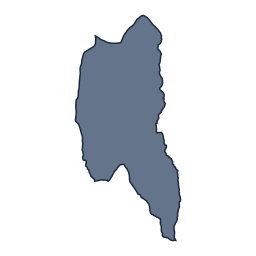 San Fernando, Azuay, Ecuador
{"feature_id": "8360857B77074182584191", "entity_name": "San Fernando", "entity_type": "district", "adm_level": 2, "iso_a3": "ECU", "parent_name": "Ecuador", "parent_adm1": "Azuay", "projection": "equal_earth", "projection_center": [-79.251, -3.14], "detail": "fine", "context": "isolated", "style": "filled", "palette": "slate", "viewbox_px": 256, "rotation_deg": 0, "n_neighbors": 0, "source": "geoboundaries", "source_scale": "gbopen_adm2", "svg_char_len": 5853}
<svg xmlns="http://www.w3.org/2000/svg" viewBox="0 0 256 256"><path d="M95.4,35.8L95.5,37.3L95.8,38.2L95.7,38.8L95.8,39.4L95.5,41.4L95.5,42.9L95.3,44.2L94.8,45.2L94.2,46.0L93.4,46.8L91.6,47.8L90.4,48.6L89.3,49.2L87.4,50.5L84.5,52.2L83.0,55.5L82.8,56.9L81.8,60.2L81.6,63.6L80.2,67.4L80.1,68.0L80.0,69.0L80.1,69.7L80.1,70.6L80.3,73.2L80.2,74.2L79.9,76.5L79.7,78.9L79.3,81.9L79.3,85.0L79.2,87.4L78.6,90.1L78.3,91.9L78.3,94.6L78.2,96.5L77.4,98.4L77.0,99.0L76.5,99.3L76.1,100.8L75.8,105.1L75.8,106.4L76.2,111.5L76.2,112.6L76.1,114.1L76.1,115.1L75.4,120.1L75.6,121.1L75.9,121.6L77.8,123.3L78.4,124.0L79.0,125.1L79.9,127.9L81.9,135.2L82.5,137.0L82.5,137.7L82.4,139.0L82.4,140.8L82.7,143.1L82.7,143.8L82.6,145.7L82.2,150.1L82.7,151.4L82.9,152.8L83.3,153.9L83.4,154.6L83.2,155.7L82.7,156.8L82.6,157.6L83.1,159.4L83.3,159.8L83.7,160.2L84.1,160.4L85.1,160.1L85.4,160.3L86.0,161.1L86.2,161.5L86.4,162.1L85.7,164.8L85.7,165.8L86.0,166.3L87.1,167.3L87.3,167.9L87.4,168.4L87.6,169.0L88.5,169.7L88.8,170.1L89.4,172.7L89.7,173.3L90.3,174.0L90.7,175.7L91.0,176.3L92.3,177.3L93.0,178.3L94.1,179.0L94.3,179.4L94.8,181.2L99.1,180.4L101.0,179.9L101.9,179.9L102.6,180.1L104.2,180.0L105.4,180.1L107.2,180.5L107.7,180.7L107.9,181.1L108.2,181.2L108.5,181.1L109.3,180.3L110.9,177.9L112.2,175.8L112.6,174.8L113.0,174.3L113.3,173.6L114.2,172.0L116.5,169.3L117.4,167.8L120.0,164.9L120.5,164.6L121.1,164.7L123.2,164.2L123.9,164.4L124.6,165.6L127.3,169.5L128.4,171.9L129.1,174.0L129.3,175.6L129.5,177.8L129.5,179.6L129.9,181.5L131.2,183.6L135.3,189.4L137.3,192.6L137.7,193.9L138.8,194.4L139.8,194.6L140.4,195.2L141.1,197.2L141.5,197.7L142.2,198.1L143.2,198.4L143.7,198.9L145.1,199.8L145.7,200.4L146.5,200.9L147.1,201.9L148.7,203.7L148.9,204.0L149.1,205.3L149.6,206.4L149.5,207.7L149.9,208.6L149.9,210.2L150.1,211.1L150.5,212.8L150.8,213.5L151.8,214.4L153.0,214.6L153.4,215.2L153.9,215.6L154.9,215.9L155.8,216.3L156.7,217.1L157.6,217.3L158.6,217.7L159.4,218.6L159.8,218.6L160.1,218.7L160.6,220.2L160.3,221.6L160.3,221.9L160.6,222.0L160.4,223.4L160.5,224.1L160.6,224.5L161.1,225.6L161.2,226.4L161.4,226.9L161.3,227.6L161.4,228.9L161.2,229.3L161.4,230.3L161.3,230.8L161.5,231.8L161.9,232.3L162.5,233.6L162.3,235.0L162.7,236.4L162.9,236.6L163.1,236.9L163.8,236.9L164.5,237.2L165.9,237.3L166.4,237.7L167.9,237.8L168.9,238.8L170.1,239.7L170.6,240.0L171.6,240.2L172.5,240.6L173.8,240.5L174.6,240.1L175.7,240.4L174.9,238.5L174.3,237.8L174.2,237.4L174.2,237.0L174.4,236.0L174.3,235.5L174.4,234.5L174.6,232.9L174.6,231.8L174.2,230.8L174.2,230.1L174.0,229.4L174.0,228.9L174.1,228.2L174.0,227.5L174.1,226.1L174.3,225.7L174.5,225.3L174.8,224.4L175.3,223.9L175.4,223.0L176.3,221.9L176.7,221.0L176.8,220.3L177.1,219.9L177.4,218.9L177.4,218.6L177.2,217.9L177.2,217.4L177.2,217.0L177.7,216.1L177.6,214.9L177.7,213.6L177.5,213.1L177.5,212.6L177.9,212.1L177.9,211.4L178.2,211.1L178.2,210.3L178.4,209.9L178.7,208.6L179.4,206.8L179.4,206.1L179.3,204.7L179.3,202.9L179.3,202.1L179.6,201.7L179.9,201.6L180.2,201.2L180.6,199.8L180.3,198.2L180.3,197.1L179.9,196.3L179.4,194.5L179.3,193.9L179.4,193.1L179.1,192.5L179.0,191.6L179.2,190.7L179.2,189.2L178.6,187.3L178.7,186.2L178.5,185.5L178.4,183.2L178.2,182.2L178.1,180.7L177.9,180.1L177.9,179.8L178.2,178.4L178.2,177.5L178.1,177.1L177.7,176.6L177.7,176.3L177.9,175.6L177.7,174.8L177.8,174.2L177.5,173.8L177.3,172.7L177.4,171.9L177.8,170.8L177.8,170.4L177.5,170.1L176.8,169.9L176.4,169.5L176.2,169.0L175.8,168.7L175.6,167.9L175.4,167.7L175.3,167.2L175.0,166.9L174.6,166.9L174.3,166.6L174.0,166.2L173.7,164.9L173.6,164.7L173.0,164.4L172.8,164.1L172.6,163.5L172.7,162.9L172.7,162.0L172.3,160.8L171.9,160.3L171.7,159.1L171.1,158.7L170.5,158.0L169.9,157.8L168.8,157.1L168.7,156.5L168.2,156.1L167.4,155.8L166.5,155.2L166.2,154.8L166.1,154.4L165.9,153.2L165.6,152.5L164.8,151.9L164.7,151.6L164.9,150.9L164.8,150.4L164.8,149.8L165.8,148.7L165.9,147.9L166.3,147.6L166.5,146.8L166.5,146.1L166.4,145.6L166.0,145.1L165.0,145.2L164.6,144.2L164.1,143.3L164.0,142.5L164.1,141.5L164.1,140.5L163.6,138.8L163.2,136.4L162.6,134.0L161.3,132.4L160.8,132.3L159.3,132.6L158.3,132.5L157.1,132.9L156.9,132.7L156.8,132.4L156.4,132.2L156.3,131.8L156.5,130.9L156.5,130.0L156.4,129.3L156.5,128.8L156.1,125.1L155.8,124.3L155.8,123.8L156.0,123.5L156.5,123.4L156.7,123.2L157.0,123.2L157.1,122.3L157.2,120.9L157.7,120.3L157.8,119.5L158.6,118.7L158.7,118.4L158.8,117.6L158.6,117.0L158.4,115.3L158.8,114.5L159.5,113.9L160.8,112.5L161.2,112.2L161.4,112.0L161.5,111.6L161.4,111.0L161.8,110.6L161.9,109.8L162.1,109.6L162.5,109.5L162.6,109.3L162.8,108.5L163.5,108.0L163.9,107.4L164.6,106.0L164.7,105.4L165.0,105.0L165.0,104.4L165.3,103.5L165.1,103.2L164.4,102.4L164.2,102.0L164.2,101.5L163.9,101.0L163.8,100.2L164.0,99.6L164.0,98.8L163.7,98.6L163.3,98.6L163.2,98.3L163.3,97.8L163.5,97.6L163.8,97.5L164.0,97.1L164.1,95.3L164.0,94.2L162.7,91.9L161.7,91.6L161.5,91.0L161.1,90.8L160.8,90.3L159.9,89.5L159.7,89.1L159.8,88.4L159.9,88.0L161.5,86.2L162.1,85.2L162.6,82.9L162.5,81.4L162.5,80.2L162.2,79.3L162.0,77.8L161.3,77.3L160.9,76.4L160.2,75.4L159.5,73.6L159.4,71.7L159.9,71.0L160.0,70.0L159.5,66.6L159.4,65.7L159.0,64.0L159.5,63.4L159.8,62.9L160.2,60.7L160.5,58.1L160.6,56.0L160.8,55.4L161.4,54.6L161.4,54.1L159.9,51.0L159.3,50.3L158.3,49.6L157.9,49.1L157.9,48.7L158.2,45.0L158.3,44.7L158.8,44.3L159.8,43.9L160.3,43.5L160.7,42.5L161.2,41.6L161.4,40.8L161.7,38.9L161.3,37.3L161.5,35.7L160.8,34.5L160.6,33.1L159.5,31.8L158.5,30.3L154.2,25.7L153.0,24.7L149.7,20.4L147.1,17.6L145.6,16.5L143.3,15.4L142.1,15.9L141.2,16.0L140.9,16.2L140.1,16.8L139.1,17.9L136.8,19.5L135.2,22.4L134.2,23.9L133.6,24.7L131.8,26.3L129.9,27.6L127.1,30.5L126.7,31.4L124.8,34.0L123.3,36.6L121.3,41.7L120.9,42.3L120.0,42.8L118.8,43.1L117.9,43.0L115.6,43.3L111.9,43.2L110.8,43.1L106.7,42.2L106.1,42.0L105.4,41.4L103.5,40.6L102.4,40.2L100.2,39.1L98.6,37.7L97.0,36.9L95.4,35.8Z" fill="#64748b" stroke="#1e293b" stroke-width="1.5"/></svg>